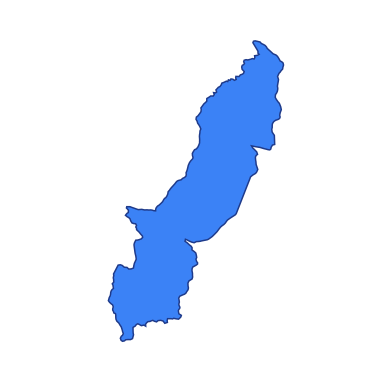 Crixás do Tocantins, Tocantins, Brazil (Robinson projection), rotated 298°
{"feature_id": "56859067B45342107089444", "entity_name": "Crixás do Tocantins", "entity_type": "district", "adm_level": 2, "iso_a3": "BRA", "parent_name": "Brazil", "parent_adm1": "Tocantins", "projection": "robinson", "projection_center": [-49.079, -11.157], "detail": "fine", "context": "isolated", "style": "filled", "palette": "blue", "viewbox_px": 384, "rotation_deg": 298, "n_neighbors": 0, "source": "geoboundaries", "source_scale": "gbopen_adm2", "svg_char_len": 5058}
<svg xmlns="http://www.w3.org/2000/svg" viewBox="0 0 384 384"><g transform="rotate(298 192 192)"><path d="M353.1,195.0L353.6,192.9L354.1,191.0L355.0,189.7L355.7,187.9L355.8,186.1L355.7,183.5L356.4,181.7L355.7,178.9L355.1,176.8L354.0,175.5L352.4,175.7L351.2,177.7L349.1,181.2L348.1,182.9L347.1,184.3L345.5,185.1L345.1,186.6L343.5,185.7L341.7,183.3L340.2,184.4L338.6,184.4L338.1,182.6L337.0,181.7L334.8,179.3L334.2,177.6L332.8,176.2L331.2,176.5L330.3,177.9L328.7,177.8L327.4,176.9L325.7,177.2L323.8,178.7L322.9,181.5L320.9,181.8L319.6,181.1L318.1,179.7L316.1,179.4L314.7,176.5L313.2,177.0L312.2,178.2L310.5,177.0L310.8,175.2L310.1,173.3L308.5,173.2L308.1,171.5L306.3,171.7L306.0,170.3L303.9,168.8L302.1,167.2L300.5,167.5L298.3,167.2L296.8,166.1L295.1,165.7L293.4,165.2L291.8,166.8L290.6,166.3L289.9,164.4L288.5,165.9L286.7,165.7L285.6,163.5L283.5,162.4L281.5,161.2L279.1,162.4L277.4,161.9L275.3,161.1L273.7,160.9L272.2,160.7L270.4,160.4L269.2,161.4L267.1,162.2L265.0,162.0L262.0,161.5L260.2,160.7L258.1,161.4L256.9,163.3L255.4,164.7L254.5,166.5L253.4,168.3L251.8,170.2L249.7,170.4L247.7,171.3L246.1,171.8L244.5,172.5L242.6,173.7L241.4,174.4L240.1,175.0L238.8,175.7L236.3,176.0L234.7,176.1L232.2,175.7L230.5,174.4L228.4,174.2L226.2,174.2L224.4,175.3L223.1,176.6L221.7,177.0L219.1,176.3L216.9,176.0L213.9,176.2L209.6,177.3L207.9,177.6L206.3,177.7L204.6,178.8L203.0,179.2L201.2,178.5L199.6,177.3L197.7,176.7L195.6,174.4L194.3,173.6L193.0,173.3L191.1,173.0L186.0,171.7L184.4,171.4L183.1,171.3L181.1,170.8L178.7,171.6L176.4,171.7L174.6,171.5L173.5,170.8L171.8,170.6L169.7,170.6L168.2,170.2L165.2,169.2L163.4,168.2L161.5,167.8L159.7,168.0L158.3,168.7L157.6,167.2L157.3,165.4L156.8,164.0L155.8,162.3L155.1,160.6L153.9,158.6L153.1,155.8L151.2,152.8L150.9,151.0L150.5,148.2L150.2,146.4L149.9,144.1L148.4,141.3L147.1,141.6L146.2,144.3L144.0,145.4L142.5,144.6L140.2,144.2L139.7,146.5L139.7,148.0L139.3,149.7L137.7,151.5L136.5,153.5L136.8,155.5L137.5,157.1L136.5,158.7L134.7,158.8L134.0,160.0L132.7,160.8L132.1,162.9L131.7,164.3L130.7,166.5L129.9,168.8L128.8,169.7L126.9,169.3L125.0,167.6L124.0,166.5L123.1,165.0L121.7,165.0L119.8,165.1L118.1,165.6L116.4,166.8L114.6,168.1L111.4,170.4L108.9,172.6L106.5,174.3L103.9,174.5L102.0,174.6L99.7,175.2L97.4,176.0L95.5,174.4L94.3,172.3L94.9,170.0L93.8,167.6L94.4,164.8L94.1,162.9L92.8,161.1L84.3,161.2L82.8,161.2L81.6,162.1L79.2,162.8L78.2,163.7L75.7,165.2L73.5,164.7L72.5,166.1L71.3,166.9L70.0,167.9L68.1,167.2L66.6,167.1L65.1,167.4L63.8,168.0L62.0,168.5L60.0,168.5L56.8,169.2L55.9,171.0L55.3,173.2L55.1,174.8L53.6,176.4L51.7,176.8L50.5,177.4L49.6,178.8L48.5,179.8L48.7,181.5L47.5,182.5L45.8,183.4L44.0,184.6L42.7,186.2L41.9,189.0L40.7,190.9L39.7,192.8L37.6,195.0L35.9,196.5L34.8,197.8L32.9,197.9L31.4,197.3L29.2,197.4L27.7,199.1L27.6,200.8L28.9,202.3L30.4,202.8L31.7,204.8L32.8,207.0L34.6,208.3L38.5,207.4L39.8,206.3L41.1,205.5L42.7,204.6L44.8,203.5L46.9,204.8L48.8,205.1L50.2,206.0L50.3,207.6L50.2,210.0L51.9,212.0L51.8,214.1L53.4,213.1L55.1,213.3L56.8,213.9L58.0,215.7L59.1,216.5L60.3,217.7L60.2,219.4L60.7,221.7L62.5,222.4L64.0,224.6L64.5,227.1L63.3,229.6L65.3,231.5L66.8,230.4L68.7,229.9L69.5,231.5L70.3,233.0L70.8,234.4L71.9,235.2L72.5,237.3L73.4,239.8L74.6,240.3L76.4,240.8L78.1,240.5L78.3,237.6L80.7,235.7L82.0,235.5L83.3,235.8L84.6,235.4L85.7,233.9L86.8,233.0L88.9,232.5L90.4,231.4L92.0,230.1L94.2,230.1L96.8,232.1L98.3,233.4L99.9,234.1L101.3,234.1L103.8,234.4L105.6,233.9L107.2,232.6L109.6,231.2L111.8,231.0L113.2,231.7L115.2,232.9L117.2,232.5L118.6,231.6L120.6,230.5L122.4,229.0L124.3,228.1L126.1,227.9L128.1,229.2L129.5,230.1L131.0,230.7L132.2,230.1L132.8,228.7L134.6,227.0L136.4,226.9L138.1,225.6L139.9,224.0L140.4,222.2L140.9,219.1L142.8,218.3L143.7,216.8L144.1,214.5L144.9,211.6L145.2,209.0L147.2,208.4L147.4,210.6L147.4,212.8L147.6,215.3L148.2,217.7L150.3,219.2L151.3,220.9L152.2,222.2L153.3,223.4L154.2,224.5L157.0,227.9L158.2,228.8L160.8,230.1L162.3,230.8L165.8,231.9L168.6,232.7L172.5,233.3L174.5,233.7L176.3,234.4L178.3,235.4L180.3,236.0L182.3,236.2L183.9,236.5L187.1,238.1L190.5,240.0L192.3,241.0L193.7,241.2L227.1,237.3L229.0,237.1L232.9,236.6L235.5,237.7L238.3,239.4L240.1,239.7L242.8,239.5L246.4,235.7L248.6,234.3L249.9,233.3L251.4,232.3L252.6,231.6L254.4,231.5L256.0,232.2L257.8,230.3L258.8,227.2L259.4,225.0L260.7,222.9L261.9,227.0L263.3,231.1L264.1,235.2L264.7,237.5L265.1,239.3L265.7,240.9L267.0,241.4L268.5,240.9L271.2,241.0L272.8,242.7L277.6,239.9L280.7,238.1L281.5,236.5L282.6,234.6L284.8,233.0L286.7,232.5L288.2,231.7L289.9,231.0L291.3,231.0L292.7,231.2L294.5,232.1L296.7,234.1L298.0,234.8L299.6,234.6L300.6,233.6L302.0,233.0L303.7,232.6L306.6,232.2L308.9,230.3L311.3,227.5L312.0,225.6L313.4,222.9L314.6,221.1L317.1,220.0L319.1,220.2L320.9,220.1L322.6,219.6L323.9,219.0L325.6,217.7L327.7,217.0L330.2,216.2L331.9,215.6L333.0,214.5L334.2,213.3L336.0,213.2L337.7,213.1L339.4,213.6L340.9,213.7L343.1,214.3L344.7,213.7L347.1,213.2L348.7,211.8L349.1,210.2L349.1,208.3L350.2,206.7L351.1,205.2L351.9,203.8L352.4,201.9L352.1,198.7L353.1,195.0Z" fill="#3b82f6" stroke="#1e3a8a" stroke-width="1.5"/></g></svg>